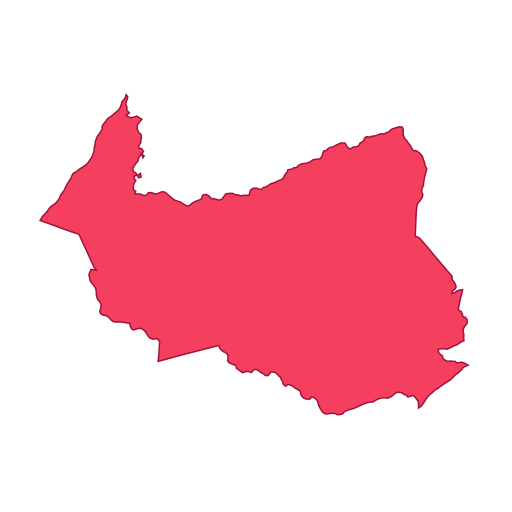 Itapipoca, Ceará, Brazil, rotated 273°
{"feature_id": "56859067B2993519795590", "entity_name": "Itapipoca", "entity_type": "district", "adm_level": 2, "iso_a3": "BRA", "parent_name": "Brazil", "parent_adm1": "Ceará", "projection": "albers", "projection_center": [-39.58, -3.366], "detail": "fine", "context": "isolated", "style": "filled", "palette": "rose", "viewbox_px": 512, "rotation_deg": 273, "n_neighbors": 0, "source": "geoboundaries", "source_scale": "gbopen_adm2", "svg_char_len": 5615}
<svg xmlns="http://www.w3.org/2000/svg" viewBox="0 0 512 512"><g transform="rotate(273 256 256)"><path d="M104.0,330.4L102.3,332.3L101.9,335.1L102.8,338.8L102.9,342.9L101.8,345.5L102.0,347.9L102.9,350.8L105.3,352.6L107.0,356.0L108.1,359.2L108.8,361.6L110.2,364.0L111.4,366.7L112.8,369.1L114.1,371.9L115.2,374.5L116.0,377.3L116.5,380.8L118.3,383.1L119.9,386.3L120.9,389.2L121.1,392.1L121.0,395.1L122.0,397.1L123.4,399.5L125.5,401.3L127.3,404.1L127.3,408.1L125.6,411.0L124.9,413.5L123.1,415.1L124.0,417.5L125.0,420.7L119.3,425.7L112.7,426.3L114.6,428.7L117.4,430.7L119.3,431.8L121.5,433.0L124.2,434.6L126.4,436.4L128.3,438.8L130.3,440.6L131.9,442.2L133.3,444.6L135.2,446.7L137.6,449.8L139.7,452.5L141.1,454.7L142.5,456.6L144.5,458.6L146.3,460.0L148.1,461.7L149.8,464.0L151.7,465.7L153.2,467.2L155.2,468.5L156.8,470.7L158.1,473.5L159.6,470.6L160.7,467.3L160.3,464.8L159.7,462.2L161.2,460.3L161.1,457.8L161.4,455.6L160.8,453.1L161.5,450.9L163.3,448.1L166.0,447.5L167.7,444.8L169.2,443.4L172.2,442.9L173.2,446.1L173.2,449.2L172.9,451.7L174.3,454.3L175.3,456.3L176.7,458.3L177.5,460.6L178.8,462.7L181.1,465.5L182.2,468.1L184.7,467.7L188.3,467.7L190.9,467.0L193.1,466.6L195.8,467.6L198.1,469.2L200.1,470.4L203.4,470.2L205.8,468.3L206.1,465.8L208.5,465.2L211.4,463.7L212.6,460.8L219.0,461.5L233.2,464.1L232.6,461.3L231.8,458.7L230.1,456.8L228.9,453.6L231.7,454.1L233.0,456.2L235.7,457.5L238.4,456.4L240.8,455.0L242.5,453.0L246.0,452.9L251.5,447.5L254.0,445.3L259.0,440.5L265.8,434.1L271.7,428.7L280.7,420.1L282.6,418.1L284.3,414.0L308.6,413.7L316.3,414.3L319.1,416.4L321.3,417.8L323.6,419.0L326.0,419.4L328.3,418.2L331.7,418.0L335.1,419.5L338.1,419.6L340.9,419.8L343.6,420.2L347.9,421.2L352.2,421.9L355.1,420.1L358.1,419.4L361.0,418.1L364.5,416.8L366.8,414.7L368.2,412.8L369.5,410.4L369.7,407.2L371.7,405.9L374.1,404.6L376.2,402.6L378.9,400.6L381.4,398.3L383.9,396.8L387.4,396.5L389.7,396.4L392.2,395.5L392.7,392.7L391.3,389.0L390.2,385.6L388.6,383.5L386.8,382.1L386.1,379.8L384.5,377.5L384.7,374.8L383.9,372.4L382.3,369.4L381.8,365.8L380.6,362.9L381.0,360.7L380.0,358.5L376.3,357.3L374.3,354.0L371.5,352.8L370.1,350.0L369.9,347.3L367.9,344.8L368.9,342.0L371.3,340.3L373.4,339.2L373.4,335.1L371.5,331.3L370.1,328.8L368.9,327.0L368.2,324.1L366.9,322.2L364.9,320.7L364.5,318.3L361.4,317.1L359.2,316.8L356.4,314.7L355.8,311.6L355.2,308.2L352.6,304.7L351.5,302.1L350.9,298.8L350.1,296.0L348.5,293.5L346.3,291.7L346.2,289.2L344.6,287.3L343.8,283.3L341.1,282.7L339.3,280.9L336.7,279.8L334.0,278.2L332.5,274.7L330.4,271.0L329.0,267.1L327.0,264.6L325.3,262.0L324.8,259.7L322.5,257.8L323.3,255.2L323.9,252.3L323.4,249.5L321.8,247.4L319.5,246.4L316.8,246.2L315.9,243.9L316.2,241.3L315.2,238.1L316.0,234.9L316.1,232.3L317.3,229.1L317.1,225.5L316.4,222.6L313.8,220.8L311.1,219.1L309.8,216.4L310.5,213.4L311.0,211.1L311.0,208.2L313.4,206.1L314.9,202.8L314.0,199.5L311.7,199.1L309.5,197.8L308.4,194.8L307.2,192.5L306.2,190.6L304.9,188.8L302.6,186.6L302.5,184.0L304.0,181.0L305.7,178.4L306.6,175.0L307.8,171.3L309.8,168.6L311.6,166.0L313.7,163.8L315.1,161.2L315.2,158.5L314.1,156.4L312.9,153.8L312.8,151.0L313.8,149.0L313.7,145.2L310.9,143.3L310.6,140.4L311.9,137.1L311.7,134.6L311.7,131.9L314.3,132.5L315.7,130.2L319.0,129.8L322.3,130.4L325.1,132.0L326.7,130.3L329.9,130.5L330.2,133.4L332.7,131.6L333.7,129.4L336.7,128.2L340.0,129.9L342.3,131.3L344.5,133.1L348.6,134.0L352.0,136.5L354.4,138.2L357.2,136.3L357.4,133.4L359.9,133.2L363.5,135.1L365.7,134.9L368.4,135.4L371.3,134.8L373.5,132.2L377.0,130.6L380.6,130.7L383.8,132.7L386.5,134.9L388.1,132.0L389.5,129.6L388.6,127.4L387.5,124.5L388.0,121.8L389.8,119.0L392.2,122.1L395.0,119.3L398.0,119.3L400.2,118.2L403.4,118.2L405.8,119.3L408.7,119.5L410.2,117.7L407.4,117.2L404.9,115.5L403.1,114.1L400.4,113.6L396.5,112.3L394.5,110.9L392.5,109.0L391.1,107.3L388.5,104.8L387.3,103.0L385.3,100.6L379.6,96.7L377.4,95.6L374.4,95.7L370.0,93.2L367.4,91.4L364.6,90.4L361.7,89.5L358.5,89.4L355.6,88.8L352.5,88.8L350.1,88.2L346.6,87.2L341.9,84.3L339.8,83.0L337.5,80.8L334.8,77.0L332.9,74.4L331.2,72.7L329.0,69.2L326.7,68.0L323.6,67.0L321.0,65.4L318.9,64.2L316.2,62.8L311.9,61.2L307.1,58.0L302.2,56.1L297.8,52.8L295.9,50.2L293.6,47.6L290.4,45.7L286.5,42.7L284.5,40.8L280.2,38.5L273.0,62.1L270.9,69.1L269.5,74.1L268.6,77.9L266.5,79.1L253.5,85.9L239.4,93.3L236.1,95.0L233.4,97.3L234.0,91.9L231.9,91.2L228.6,90.1L225.8,90.9L222.7,91.6L219.8,93.8L217.6,96.1L215.1,97.6L212.9,98.2L210.5,98.5L207.8,98.8L204.1,100.2L201.9,102.5L199.5,104.0L195.7,103.6L192.6,102.9L190.2,103.8L188.9,106.7L188.5,109.7L187.1,112.2L184.9,114.2L183.2,116.4L182.7,119.3L183.0,123.3L182.9,127.0L182.4,130.4L182.3,133.4L179.2,134.2L176.9,135.4L175.8,137.2L176.3,139.4L177.7,142.5L177.5,145.3L176.3,147.6L174.5,149.6L172.1,151.3L169.9,152.8L168.4,154.4L167.5,157.5L168.4,161.5L165.8,164.2L153.6,164.2L145.6,163.8L149.4,175.2L151.7,182.1L154.1,189.6L164.7,223.6L161.9,224.7L160.1,226.3L158.5,229.0L157.6,231.4L155.5,233.1L152.0,233.4L149.7,233.3L148.0,234.7L146.6,238.3L145.5,241.9L142.9,242.3L140.7,245.7L138.7,248.7L139.8,251.2L140.4,253.8L139.4,257.5L141.6,259.1L143.0,261.3L142.0,264.0L139.9,266.9L138.9,269.5L137.1,271.7L137.2,274.5L140.9,276.8L141.0,279.8L140.3,282.3L137.8,284.6L136.2,286.7L134.1,287.7L132.0,289.2L129.5,289.8L127.5,292.2L129.4,294.8L128.8,297.8L127.5,300.0L125.9,302.4L124.8,304.5L123.5,307.3L120.8,307.8L118.9,308.7L116.7,310.7L115.8,313.4L115.8,317.1L118.2,318.9L117.4,321.9L115.2,324.5L111.9,325.9L109.5,326.6L106.7,328.4L104.0,330.4ZM330.2,133.4L327.9,134.7L328.9,137.1L332.4,136.3L330.2,133.4ZM352.0,136.5L348.2,137.9L350.1,139.0L352.0,136.5Z" fill="#f43f5e" stroke="#9f1239" stroke-width="1.5"/></g></svg>